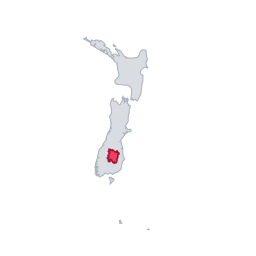 Central Otago District, Otago, New Zealand (highlighted), rotated 332°
{"feature_id": "76426892B81213624592516", "entity_name": "Central Otago District", "entity_type": "district", "adm_level": 2, "iso_a3": "NZL", "parent_name": "New Zealand", "parent_adm1": "Otago", "projection": "albers", "projection_center": [169.453, -45.131], "detail": "fine", "context": "in_parent", "style": "filled", "palette": "rose", "viewbox_px": 256, "rotation_deg": 332, "n_neighbors": 0, "source": "geoboundaries", "source_scale": "gbopen_adm2", "svg_char_len": 6458}
<svg xmlns="http://www.w3.org/2000/svg" viewBox="0 0 256 256"><g transform="rotate(332 128 128)"><path d="M131.1,103.6L132.0,103.7L136.4,100.6L138.2,100.0L138.7,100.0L137.7,100.9L137.8,101.6L136.7,103.8L137.6,103.5L138.2,102.0L138.7,101.7L138.6,100.8L141.1,101.2L140.2,102.7L138.8,103.6L139.6,103.7L141.6,102.2L141.5,103.1L138.9,105.7L139.6,107.2L138.9,108.3L139.6,108.2L140.5,109.2L139.8,110.4L137.0,113.3L136.5,114.8L133.9,117.4L131.1,122.4L126.1,125.4L127.0,126.4L125.2,127.5L126.6,127.4L127.4,129.4L129.5,130.1L129.6,131.9L128.2,132.4L126.9,131.5L124.9,131.7L125.6,131.0L124.7,130.4L123.2,131.9L121.2,130.0L122.3,132.2L118.1,134.5L116.3,134.7L115.7,136.0L114.7,136.1L115.3,136.5L113.8,143.2L112.6,143.2L113.7,144.0L113.5,144.6L112.1,146.6L110.2,151.7L110.8,152.9L110.7,153.8L107.3,155.1L102.3,161.2L97.8,162.1L95.3,161.4L92.4,161.9L91.9,160.1L90.9,159.2L88.2,159.3L87.0,157.4L85.8,157.0L84.6,158.0L80.4,158.0L79.7,157.7L79.5,157.0L81.0,155.0L79.6,156.1L79.0,156.0L79.5,155.1L79.4,154.3L77.7,155.2L77.8,153.5L81.6,152.2L80.1,152.1L80.0,151.6L81.4,150.2L79.4,150.4L79.7,148.9L80.8,148.9L80.4,147.8L82.7,148.9L82.3,147.8L83.2,147.5L81.7,146.8L81.6,145.7L82.3,144.9L83.4,145.2L82.7,144.3L84.5,142.4L85.0,143.8L85.1,141.7L87.4,139.7L88.4,140.5L87.9,138.7L91.9,134.0L94.1,132.7L95.4,132.9L97.4,131.5L98.3,132.0L98.0,131.0L98.3,130.5L103.6,127.9L103.6,127.0L104.2,126.9L103.8,126.6L106.9,123.8L108.1,124.0L107.4,123.2L108.7,122.4L109.9,123.0L109.2,122.1L110.4,121.6L110.9,122.3L111.0,121.2L112.9,118.9L113.2,120.8L113.4,120.5L113.4,118.7L114.7,116.6L115.7,116.1L115.3,115.5L117.3,108.8L119.4,108.0L121.2,106.1L122.6,102.4L123.0,99.6L124.2,97.6L127.4,95.0L130.0,95.1L128.2,95.3L127.9,96.7L128.4,97.9L130.2,98.8L131.1,103.6ZM133.0,29.5L135.7,34.5L137.3,33.1L137.5,34.2L140.3,35.7L140.9,35.2L143.2,36.6L143.4,38.4L145.1,37.9L146.9,41.7L146.5,42.6L147.1,43.9L145.4,43.9L148.7,49.8L148.1,51.7L148.6,53.1L147.6,55.5L149.1,56.4L149.7,55.8L152.6,57.6L153.2,60.0L154.6,60.0L154.6,54.4L153.8,52.8L154.5,52.0L156.3,55.1L157.1,55.1L157.8,57.6L158.4,62.9L159.5,64.6L158.8,64.3L158.7,64.7L159.3,65.3L164.8,68.4L169.1,70.0L171.7,69.2L173.4,67.2L176.1,65.9L178.4,66.2L180.5,67.9L179.0,70.6L177.2,77.0L174.4,78.6L173.5,81.8L173.9,83.2L173.3,84.2L172.3,82.7L170.1,82.0L166.1,83.3L164.9,84.8L164.6,86.8L166.0,88.3L163.2,93.4L161.8,94.8L155.0,104.4L149.1,108.3L148.4,107.9L148.0,106.1L145.6,106.0L145.9,104.0L145.7,103.8L144.7,104.9L143.7,104.4L148.6,97.3L149.6,93.7L148.9,91.7L147.8,89.9L144.2,88.1L142.4,86.1L139.0,84.4L138.0,83.5L137.6,82.2L138.4,80.3L140.4,79.2L143.3,78.6L145.1,76.8L146.6,70.7L147.8,68.6L147.6,67.2L148.7,66.2L147.2,62.2L147.7,61.0L147.1,60.8L146.2,58.3L146.9,58.2L147.5,59.7L148.1,58.5L149.3,58.3L148.1,56.7L146.4,57.1L145.3,56.5L144.7,54.1L143.1,51.4L143.6,51.4L144.9,52.7L145.4,51.8L144.6,50.3L145.1,48.8L144.0,47.9L143.8,48.8L141.9,47.3L141.0,44.9L140.9,46.1L143.0,49.6L142.3,50.3L142.0,49.9L136.6,40.7L138.7,38.3L137.5,38.7L136.3,40.2L135.8,39.5L135.5,38.4L134.1,36.9L134.8,36.0L134.9,34.8L130.7,28.5L133.8,28.4L133.0,29.5ZM89.2,162.9L90.6,165.2L89.8,165.1L89.9,165.6L91.4,166.0L91.4,167.1L86.0,169.2L88.0,165.3L87.8,163.0L89.2,162.9ZM77.5,207.7L78.0,209.1L76.3,208.4L75.5,208.8L76.7,207.3L76.8,205.8L78.0,206.0L77.5,207.7ZM155.2,48.8L155.4,50.5L153.7,49.1L153.7,48.2L154.2,47.6L155.2,48.8ZM138.0,99.3L136.8,99.9L137.1,98.5L138.5,97.7L138.0,99.3ZM79.6,151.7L79.5,152.5L77.9,152.2L79.1,151.2L79.6,151.7ZM98.7,226.8L99.0,227.4L98.3,227.6L97.6,226.8L98.7,226.8ZM81.2,146.4L81.6,147.7L80.6,147.0L81.2,146.4Z" fill="#d9dde1" stroke="#a8b0b8" stroke-width="1"/><path d="M101.2,138.0L101.1,138.4L101.1,138.5L100.9,138.8L100.8,139.1L100.7,139.0L100.3,139.1L100.2,139.2L99.9,139.2L99.8,139.3L99.7,139.4L99.8,139.5L99.9,139.8L99.9,140.0L100.0,140.0L99.9,140.1L99.8,140.3L99.7,140.4L99.7,140.5L99.8,140.7L99.8,141.0L99.9,141.3L100.0,141.4L99.9,141.4L99.6,141.4L99.4,141.4L99.2,141.8L99.1,142.0L98.5,142.6L98.4,142.6L98.2,142.6L97.9,142.6L97.8,142.8L97.7,142.9L97.6,143.0L97.5,142.9L97.4,142.9L97.4,143.0L97.4,143.3L97.3,143.7L97.5,143.9L97.5,144.1L97.5,144.3L97.4,144.3L97.3,144.5L97.2,144.8L96.9,144.6L96.6,144.8L96.4,144.7L96.2,144.8L95.9,144.8L95.8,144.7L95.7,144.7L95.6,144.8L95.7,145.0L95.6,145.3L95.6,145.5L95.7,145.8L95.7,146.0L95.8,146.4L95.8,146.5L95.8,146.8L95.6,147.0L95.6,147.3L95.5,147.6L95.4,147.8L95.3,148.0L95.2,148.0L95.3,148.3L95.2,148.3L95.2,148.5L95.3,148.8L95.6,149.0L95.7,148.9L95.9,148.9L95.9,149.1L96.1,149.2L96.3,149.1L96.7,148.1L97.1,147.4L97.5,147.1L97.7,147.3L97.8,147.6L98.0,147.8L98.2,148.0L98.3,148.2L98.3,148.3L98.5,148.4L98.6,148.5L98.6,148.9L98.3,148.9L98.4,149.1L98.2,149.2L98.2,149.3L98.3,149.3L98.4,149.6L98.4,149.8L98.3,150.0L98.5,150.3L98.5,150.5L98.4,150.5L98.4,150.8L98.4,151.0L98.4,151.3L98.5,151.4L98.7,151.5L98.8,151.6L98.9,151.8L99.1,151.7L99.1,151.8L99.3,151.7L99.5,151.7L99.8,151.7L100.0,151.7L100.1,151.8L100.2,152.0L100.1,152.3L100.3,152.2L100.4,152.5L100.5,152.6L100.5,152.8L100.8,152.9L101.1,153.1L101.3,153.0L101.5,152.9L101.6,152.7L101.8,152.6L102.0,152.6L102.1,152.4L102.1,152.1L102.2,151.9L102.2,151.7L102.2,151.8L102.3,151.9L102.5,151.9L102.6,152.0L102.8,151.9L102.7,151.9L102.8,151.8L102.9,151.7L103.1,151.5L103.1,151.4L103.2,151.2L103.2,150.9L103.2,150.7L103.3,150.7L103.4,150.4L103.4,150.2L103.5,150.2L104.0,150.1L104.1,149.9L104.1,149.7L104.6,149.5L104.7,149.4L104.8,149.4L105.0,149.4L105.3,149.0L105.3,148.8L105.4,148.6L105.6,148.5L105.8,148.3L105.8,148.2L105.7,148.0L106.0,147.7L106.2,147.1L106.5,146.9L106.5,146.7L106.8,146.6L107.2,146.7L107.2,146.8L107.3,146.8L107.4,146.7L107.4,146.8L107.5,146.8L107.5,146.7L107.8,146.5L107.8,146.3L107.6,146.2L107.8,146.0L108.0,146.1L108.0,145.9L108.2,145.7L107.9,145.4L108.0,145.4L108.0,145.2L107.9,145.1L107.8,144.9L107.7,144.7L107.5,144.3L107.6,144.2L107.7,143.8L107.7,143.7L107.7,143.4L107.5,143.5L107.6,143.3L107.6,143.1L107.3,143.0L107.2,143.1L106.9,143.2L106.7,143.2L106.7,143.3L106.4,143.4L106.2,143.4L106.1,143.5L106.0,143.4L105.9,143.5L105.8,143.4L105.8,143.5L105.7,143.5L105.5,143.4L105.4,143.2L105.5,143.1L105.4,143.0L105.3,142.8L105.1,142.6L104.9,142.3L104.8,142.1L104.8,141.7L104.7,141.6L104.7,141.4L104.6,141.2L104.5,140.9L104.4,140.2L104.0,140.1L103.5,140.4L103.4,140.4L102.9,140.1L102.9,139.8L102.8,139.6L102.8,139.3L102.7,139.3L102.6,139.6L102.4,139.7L102.1,139.6L102.0,139.4L102.0,139.2L102.2,138.9L102.0,138.7L102.1,138.3L102.0,138.2L101.8,138.1L101.7,138.1L101.3,138.1L101.2,138.0Z" fill="#f43f5e" stroke="#9f1239" stroke-width="1.5"/></g></svg>